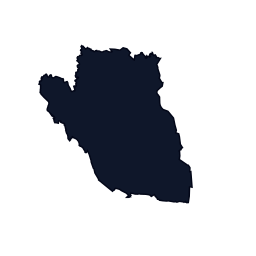 outline of Cutzamala de Pinzón, Guerrero, Mexico, rotated 331°
{"feature_id": "50627088B53912122145635", "entity_name": "Cutzamala de Pinzón", "entity_type": "district", "adm_level": 2, "iso_a3": "MEX", "parent_name": "Mexico", "parent_adm1": "Guerrero", "projection": "natural_earth1", "projection_center": [-100.648, 18.642], "detail": "fine", "context": "isolated", "style": "filled", "palette": "ink", "viewbox_px": 256, "rotation_deg": 331, "n_neighbors": 0, "source": "geoboundaries", "source_scale": "gbopen_adm2", "svg_char_len": 5603}
<svg xmlns="http://www.w3.org/2000/svg" viewBox="0 0 256 256"><g transform="rotate(331 128 128)"><path d="M189.5,82.7L188.3,80.9L186.8,80.2L187.4,79.0L187.3,77.3L186.9,77.1L185.8,77.2L185.5,76.8L185.7,74.8L185.9,73.9L185.8,73.7L184.4,75.2L184.1,74.9L184.0,73.9L183.3,73.9L182.6,74.3L181.9,75.1L182.4,76.2L182.3,76.4L181.3,76.3L181.1,75.4L179.4,75.1L179.4,74.0L178.7,74.4L178.5,75.1L178.5,75.7L177.9,75.9L177.3,75.5L177.2,75.0L177.6,74.8L177.7,73.4L177.0,71.9L177.2,71.2L176.6,70.8L176.8,70.3L176.9,69.8L176.7,69.3L176.9,69.0L176.5,68.6L175.6,68.5L174.7,69.5L170.6,68.9L170.0,68.2L169.3,67.9L166.5,71.5L165.9,70.7L166.0,70.4L165.0,67.8L164.9,67.2L164.3,65.9L164.1,65.1L164.7,64.2L166.6,63.4L165.4,58.2L162.6,55.5L158.8,56.1L154.7,52.8L150.8,50.4L151.0,53.4L149.9,53.2L148.8,52.7L147.5,51.2L147.1,50.4L146.5,49.8L146.2,49.7L145.3,49.7L144.4,49.2L143.0,49.3L141.7,48.7L140.8,47.9L140.6,47.3L139.8,46.5L138.3,46.0L138.3,45.1L137.6,44.8L136.6,44.7L136.0,45.0L135.5,44.8L135.0,44.3L134.9,43.5L134.1,43.0L133.8,42.0L133.2,42.0L133.2,41.8L133.6,41.2L133.1,41.0L133.1,40.3L132.8,40.1L132.6,39.6L131.7,38.8L131.6,38.1L130.8,38.3L130.5,38.5L130.2,38.2L129.1,38.3L129.1,37.8L128.7,37.1L128.8,36.6L128.4,36.0L128.5,35.3L128.2,35.2L128.2,34.6L127.5,34.0L127.4,33.6L127.0,33.8L126.5,33.9L126.4,34.1L126.4,35.3L125.7,36.6L125.1,36.8L124.6,36.7L124.1,37.2L124.1,37.4L124.5,38.1L124.4,38.7L124.0,39.2L123.3,39.6L123.1,39.9L123.6,41.3L123.5,41.7L122.5,42.0L122.0,41.5L121.2,41.2L119.5,41.7L118.6,41.3L117.5,42.0L117.4,42.6L117.6,43.4L117.0,44.0L116.1,44.2L116.0,44.6L116.3,44.8L116.8,47.3L116.6,48.6L116.0,49.0L114.7,48.6L113.9,48.9L113.5,49.8L113.4,50.5L113.4,50.8L114.2,51.8L114.3,52.0L113.3,52.7L112.7,52.5L112.4,52.6L111.5,54.3L110.4,54.4L109.5,54.1L109.3,54.2L108.7,55.3L108.5,56.2L108.3,56.4L107.8,56.3L107.5,56.5L107.0,57.8L107.1,58.6L107.5,59.4L108.1,59.1L108.6,59.1L109.1,59.6L109.0,59.9L108.5,60.3L107.4,60.2L106.0,60.9L105.6,60.9L105.3,60.6L104.7,60.7L104.5,61.4L104.9,62.9L104.8,63.7L104.5,63.9L104.1,63.9L103.7,64.1L103.4,65.8L103.2,66.1L102.2,65.6L101.5,66.4L101.1,65.2L100.8,65.2L100.3,67.9L99.7,69.4L99.5,69.6L98.3,69.1L96.6,69.0L96.3,68.7L96.2,67.2L96.5,65.3L96.4,62.1L96.7,60.6L97.2,59.5L97.3,58.2L97.2,57.9L96.6,57.7L94.5,57.6L94.3,57.4L94.2,57.0L94.3,55.8L94.4,55.3L95.1,54.1L95.1,53.6L95.0,53.3L94.2,53.1L92.7,51.0L90.4,48.4L89.6,47.9L87.8,48.1L86.9,48.0L86.4,47.6L86.1,47.0L86.0,46.1L86.2,45.4L86.5,44.8L86.4,44.2L85.9,44.0L84.8,44.1L83.6,45.2L83.3,45.2L82.7,44.4L82.5,43.8L82.8,41.8L82.6,41.3L82.1,41.2L81.0,41.6L80.1,41.3L78.8,42.0L78.5,42.1L77.4,41.6L77.0,42.6L76.9,42.5L76.9,42.2L76.6,42.1L76.1,42.7L76.2,43.0L75.8,43.4L75.9,44.0L75.7,44.2L74.4,44.8L74.0,44.3L73.2,44.4L72.8,45.3L71.5,46.5L71.9,46.7L71.9,47.1L72.4,47.6L72.1,48.8L71.4,49.7L70.9,51.0L70.6,51.1L69.6,52.5L69.6,53.1L69.2,53.3L68.4,54.2L68.4,54.5L68.6,54.5L68.5,54.8L68.7,55.6L68.4,56.1L69.5,60.6L71.4,66.7L70.5,68.7L68.9,69.9L68.4,70.5L67.2,71.6L66.4,72.4L66.0,73.3L66.0,74.0L66.4,74.3L66.9,75.8L67.1,77.4L67.5,78.3L67.2,78.5L67.7,79.8L67.3,80.1L67.8,80.6L67.5,80.7L67.6,80.9L68.1,81.2L68.3,81.0L68.3,81.3L68.0,81.5L68.0,81.8L68.9,82.2L68.6,82.6L68.4,82.6L68.5,83.1L68.5,83.3L68.2,83.4L68.4,83.6L67.7,83.6L68.0,84.0L67.9,84.4L67.2,84.7L67.4,85.4L66.9,85.7L66.9,86.1L66.7,86.4L66.8,86.8L66.6,87.3L66.7,88.0L66.9,88.0L67.6,88.4L69.4,90.0L70.9,88.4L71.1,88.6L71.6,88.5L72.6,89.5L72.4,89.9L72.2,90.0L72.3,90.4L72.1,90.5L73.1,91.9L74.0,92.6L74.5,93.3L73.7,94.4L74.2,95.2L73.9,95.4L73.5,97.1L73.2,97.9L73.1,98.9L72.9,99.1L72.9,99.5L72.5,99.7L72.5,100.2L72.2,100.8L71.8,102.7L71.9,104.5L71.3,106.5L70.5,107.9L70.7,108.7L70.4,109.1L70.9,110.5L70.8,110.8L71.0,110.8L71.3,110.5L71.9,110.5L72.2,110.3L72.1,109.6L72.8,109.4L73.4,109.5L74.5,109.4L75.1,108.5L75.3,108.6L75.4,109.5L75.8,110.3L76.5,110.8L76.6,111.4L77.5,112.4L77.6,112.8L77.9,113.3L78.0,114.6L78.3,115.0L78.3,115.4L78.1,116.1L78.3,116.7L78.0,117.1L77.9,117.6L77.7,118.3L76.9,119.6L77.1,119.8L77.3,120.7L78.1,121.3L78.3,122.0L78.9,122.9L79.1,127.8L78.7,128.3L79.0,128.9L79.4,129.2L79.7,129.2L81.5,128.2L81.4,131.4L81.2,132.7L79.9,138.9L79.4,139.7L79.2,140.6L78.2,146.4L78.5,147.2L77.3,151.3L77.5,158.4L77.1,159.2L83.8,175.8L84.6,175.5L85.7,175.6L86.7,175.2L87.1,174.6L87.8,174.7L89.1,175.7L90.8,177.4L91.3,178.2L91.8,179.4L95.1,184.3L95.2,185.0L95.9,186.6L95.8,187.2L95.5,187.5L95.2,187.4L93.3,188.0L94.9,188.9L95.9,189.2L96.4,188.9L96.7,189.1L96.7,188.9L97.8,188.5L97.7,188.1L98.1,187.1L98.9,186.3L101.3,188.2L101.3,188.4L102.2,189.2L104.4,190.5L106.0,191.0L106.7,191.7L111.5,194.6L113.7,196.3L114.7,197.3L115.2,199.1L118.7,199.0L118.9,200.2L118.7,200.9L119.0,201.3L119.1,202.7L119.5,203.5L119.3,204.6L120.4,205.4L120.5,206.4L123.1,208.4L126.4,210.6L128.3,211.4L128.4,211.6L132.6,215.0L133.8,215.2L133.9,215.5L134.2,215.4L134.3,215.8L134.8,216.5L137.5,217.1L140.8,219.6L140.9,219.9L141.1,219.8L142.3,220.7L142.6,220.1L142.9,220.1L143.3,221.9L144.0,222.1L144.6,222.4L148.5,217.3L153.2,209.4L153.9,209.5L155.3,210.8L161.8,196.6L160.9,196.4L160.8,196.2L162.9,192.8L162.7,189.8L162.1,189.5L157.6,180.4L159.8,177.5L161.7,173.5L161.5,173.2L161.6,172.9L162.0,172.7L163.0,172.5L163.9,172.6L164.2,172.0L165.2,171.6L166.1,171.6L165.9,167.6L168.7,160.6L169.5,157.7L167.4,155.3L169.2,153.4L170.4,148.3L172.6,141.3L171.0,132.7L167.6,128.8L167.0,126.2L167.1,123.8L167.6,122.1L168.1,121.0L170.6,116.2L170.4,113.7L170.2,113.0L170.1,112.1L170.3,111.1L171.0,110.0L172.0,109.3L175.7,108.4L178.2,108.0L180.5,105.2L179.7,104.7L179.6,104.4L179.5,99.6L181.1,97.8L181.5,96.9L182.8,90.5L183.4,89.5L183.7,88.3L183.8,86.4L190.0,82.9L189.5,82.7Z" fill="#0f172a" stroke="#020617" stroke-width="1.5"/></g></svg>